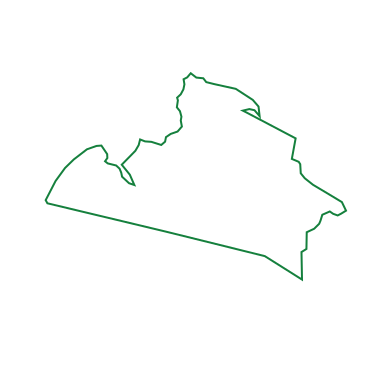 Três Cachoeiras, Rio Grande do Sul, Brazil, rotated 74°
{"feature_id": "56859067B71322436842638", "entity_name": "Três Cachoeiras", "entity_type": "district", "adm_level": 2, "iso_a3": "BRA", "parent_name": "Brazil", "parent_adm1": "Rio Grande do Sul", "projection": "equal_earth", "projection_center": [-49.987, -29.489], "detail": "fine", "context": "isolated", "style": "outline", "palette": "green", "viewbox_px": 384, "rotation_deg": 74, "n_neighbors": 0, "source": "geoboundaries", "source_scale": "gbopen_adm2", "svg_char_len": 1106}
<svg xmlns="http://www.w3.org/2000/svg" viewBox="0 0 384 384"><g transform="rotate(74 192 192)"><path d="M306.5,110.4L279.9,103.3L278.3,97.7L262.3,92.8L261.0,84.7L257.6,78.5L255.0,76.4L249.8,73.0L248.7,64.9L251.9,62.3L254.7,58.4L253.9,54.5L252.4,49.1L243.0,50.7L223.3,69.1L218.4,73.7L209.9,79.8L204.0,82.3L195.1,80.3L192.4,81.1L187.7,86.9L169.0,77.6L130.4,117.9L127.8,120.7L128.1,114.0L130.6,109.4L137.7,106.1L128.2,104.5L120.2,108.2L104.9,121.5L94.4,140.9L90.3,148.0L85.8,149.8L83.2,156.3L77.5,160.5L80.5,165.0L81.3,169.0L86.4,169.6L91.0,172.0L95.0,175.9L97.2,180.3L100.0,180.3L106.4,183.2L111.0,181.3L116.7,181.4L120.2,183.1L126.3,183.7L129.9,189.2L130.3,196.5L132.1,201.9L136.2,204.0L138.3,208.6L132.6,217.2L130.4,223.2L127.2,227.4L132.2,230.3L136.8,235.1L146.4,252.0L158.2,247.0L169.4,245.5L166.2,250.1L158.0,255.0L154.0,254.7L149.6,255.2L145.6,257.6L141.3,265.1L138.5,267.1L136.0,264.0L132.2,263.1L122.4,266.3L121.4,271.1L122.0,281.2L128.1,296.6L133.9,307.4L143.8,320.1L159.5,334.9L163.0,334.1L222.8,228.2L262.3,159.5L273.7,139.7L306.5,110.4Z" fill="none" stroke="#15803d" stroke-width="2"/></g></svg>